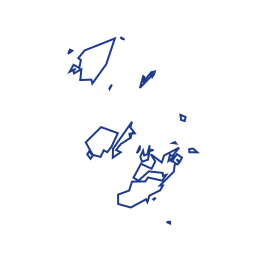 Raja Ampat, Papua Barat, Indonesia, rotated 133°
{"feature_id": "22746128B90221566890304", "entity_name": "Raja Ampat", "entity_type": "district", "adm_level": 2, "iso_a3": "IDN", "parent_name": "Indonesia", "parent_adm1": "Papua Barat", "projection": "albers", "projection_center": [130.461, -0.827], "detail": "medium", "context": "isolated", "style": "outline", "palette": "blue", "viewbox_px": 256, "rotation_deg": 133, "n_neighbors": 0, "source": "geoboundaries", "source_scale": "gbopen_adm2", "svg_char_len": 1884}
<svg xmlns="http://www.w3.org/2000/svg" viewBox="0 0 256 256"><g transform="rotate(133 128 128)"><path d="M139.2,69.8L136.2,68.1L143.2,67.1L150.5,79.6L155.4,79.0L164.5,88.5L172.9,84.5L183.5,89.8L190.3,83.3L184.2,71.7L167.8,66.2L168.9,63.3L162.9,66.2L151.6,62.0L146.2,63.3L148.3,65.4L128.6,64.7L121.6,69.8L121.0,67.0L118.4,66.9L117.8,71.2L117.1,67.2L112.9,68.3L113.7,74.4L122.2,73.3L121.2,70.8L122.7,73.5L119.1,74.9L124.5,75.9L118.9,79.1L118.4,76.4L107.5,77.2L123.5,82.8L130.2,79.8L131.6,93.4L133.9,85.2L141.7,83.0L145.3,94.1L160.6,90.1L159.4,84.4L145.5,83.2L137.2,72.0L139.2,69.8ZM119.8,184.4L96.2,187.4L71.5,198.7L100.8,212.6L110.8,212.0L110.4,208.8L117.4,204.5L118.9,210.9L126.7,209.0L120.3,206.6L123.2,207.2L124.9,204.7L116.8,202.2L125.5,195.6L117.6,187.8L119.8,184.4ZM167.3,149.1L171.7,135.5L167.8,128.3L160.9,130.5L159.8,126.7L153.3,127.2L138.7,131.9L145.7,148.3L167.3,149.1ZM160.1,118.9L150.7,116.8L152.2,121.7L144.6,122.3L133.8,119.6L131.2,123.0L127.3,119.4L126.0,126.7L120.7,129.3L153.4,124.8L160.1,118.9ZM137.5,91.8L130.3,96.4L126.7,94.3L129.5,97.8L125.8,100.3L134.2,95.9L137.1,97.5L134.3,101.5L140.6,99.4L143.1,94.7L137.5,91.8ZM90.6,146.6L75.0,146.4L72.7,148.9L84.7,148.3L79.6,150.8L79.7,152.2L90.6,146.6ZM84.2,91.3L80.7,93.4L82.6,98.6L85.9,94.6L84.2,91.3ZM171.6,140.5L175.1,139.8L176.1,134.4L172.3,134.9L171.6,140.5ZM103.9,66.6L98.5,60.7L98.7,66.4L101.8,68.8L103.9,66.6ZM73.7,145.2L71.0,145.6L68.3,146.9L70.8,148.6L73.7,145.2ZM170.4,35.6L169.2,32.1L167.9,33.3L170.4,35.6ZM140.4,104.4L136.3,104.6L132.6,107.1L140.4,104.4ZM108.5,85.0L106.5,82.2L106.2,84.0L108.5,85.0ZM109.5,221.5L110.4,223.9L113.8,222.6L113.8,222.2L109.5,221.5ZM66.9,193.5L65.7,190.8L66.7,195.5L66.9,193.5ZM132.5,119.9L129.6,121.6L131.6,122.1L132.5,119.9ZM160.1,60.2L162.8,60.9L162.8,60.2L160.1,60.2ZM107.2,169.4L111.6,168.7L111.9,168.1L107.2,169.4Z" fill="none" stroke="#1e3a8a" stroke-width="2"/></g></svg>